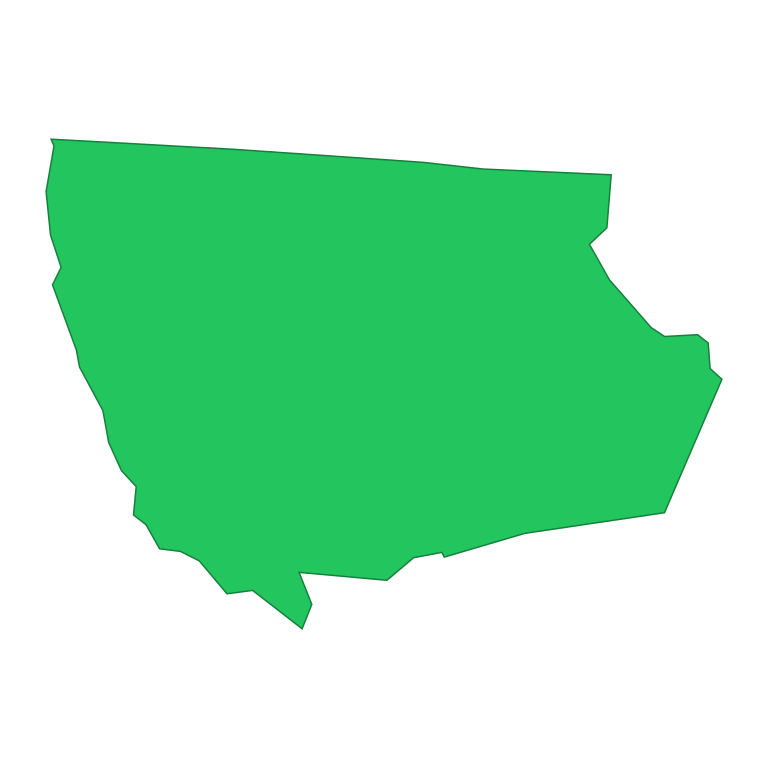 Fairfield, South Carolina, United States of America
{"feature_id": "52423323B16928233595838", "entity_name": "Fairfield", "entity_type": "district", "adm_level": 2, "iso_a3": "USA", "parent_name": "United States of America", "parent_adm1": "South Carolina", "projection": "robinson", "projection_center": [-81.147, 34.373], "detail": "fine", "context": "isolated", "style": "filled", "palette": "green", "viewbox_px": 768, "rotation_deg": 0, "n_neighbors": 0, "source": "geoboundaries", "source_scale": "gbopen_adm2", "svg_char_len": 639}
<svg xmlns="http://www.w3.org/2000/svg" viewBox="0 0 768 768"><path d="M50.5,234.9L61.1,267.4L52.5,284.8L76.4,350.0L79.5,367.0L102.9,410.6L108.7,442.5L121.5,470.7L136.2,486.6L133.5,515.0L146.0,524.7L159.6,548.8L180.4,551.4L199.3,560.9L227.0,593.8L252.6,590.4L302.1,628.8L311.8,604.4L299.1,572.4L386.9,580.3L413.6,557.7L441.8,552.4L444.3,557.1L524.6,533.4L584.6,524.5L664.5,512.7L721.9,379.3L710.1,368.5L708.2,343.1L697.7,334.7L664.6,336.5L651.3,327.7L609.5,279.9L589.4,244.3L606.9,227.8L611.2,174.8L482.6,169.0L423.7,162.4L233.6,149.3L51.1,139.2L54.0,145.9L46.1,191.6L50.5,234.9Z" fill="#22c55e" stroke="#15803d" stroke-width="1.5"/></svg>